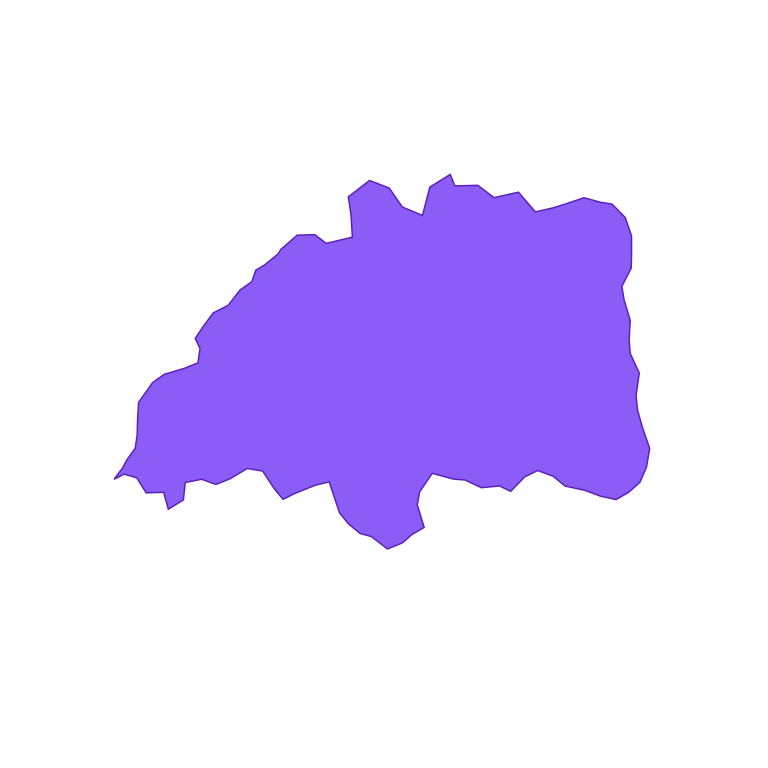 Palaikythro, Cyprus, rotated 248°
{"feature_id": "46923920B63602794647925", "entity_name": "Palaikythro", "entity_type": "district", "adm_level": 2, "iso_a3": "CYP", "parent_name": "Cyprus", "parent_adm1": "", "projection": "mercator", "projection_center": [33.49, 35.188], "detail": "fine", "context": "isolated", "style": "filled", "palette": "violet", "viewbox_px": 768, "rotation_deg": 248, "n_neighbors": 0, "source": "geoboundaries", "source_scale": "gbopen_adm2", "svg_char_len": 1394}
<svg xmlns="http://www.w3.org/2000/svg" viewBox="0 0 768 768"><g transform="rotate(248 384 384)"><path d="M236.0,367.5L259.5,369.6L270.8,376.8L283.1,395.3L269.8,412.8L264.7,423.1L251.4,435.4L246.2,452.9L237.0,461.2L245.2,479.7L246.2,494.1L235.0,506.4L221.6,513.6L210.4,530.1L199.1,542.5L189.9,555.8L191.9,570.2L197.1,584.6L208.3,596.0L224.7,606.2L246.2,607.3L264.7,609.3L279.0,613.4L298.5,624.8L320.0,623.7L333.3,627.9L350.7,636.1L372.2,638.1L385.5,641.2L398.9,656.7L413.2,662.8L428.6,669.0L448.0,670.0L465.4,662.8L471.6,652.5L481.8,639.2L482.8,621.7L483.9,607.3L486.9,588.8L511.5,580.5L515.6,555.8L533.0,545.5L541.2,523.9L553.5,523.9L549.4,500.3L525.9,482.8L541.2,467.3L563.8,462.2L578.1,446.8L570.9,421.0L553.5,416.9L532.0,409.7L536.1,383.0L548.4,375.8L554.5,359.3L547.4,338.7L544.3,334.6L539.2,318.1L537.5,307.7L528.4,299.8L525.1,285.9L515.3,268.8L513.9,252.3L504.1,236.5L496.9,226.0L485.8,226.7L473.3,219.4L473.3,204.9L475.3,183.9L472.0,170.0L458.9,149.6L443.8,142.4L428.7,135.8L417.6,129.2L409.7,116.7L404.5,110.8L396.8,98.0L397.8,109.3L389.6,119.6L372.2,122.7L366.1,139.1L348.7,137.1L351.7,154.6L367.1,162.8L364.0,179.2L353.8,190.6L353.8,206.0L356.9,225.5L348.7,238.9L328.2,243.0L314.9,247.2L315.9,259.5L315.9,282.1L313.8,296.5L281.1,294.5L267.7,298.6L254.4,305.8L247.3,315.1L229.8,325.4L229.8,341.8L233.9,353.1L236.0,367.5Z" fill="#8b5cf6" stroke="#5b21b6" stroke-width="1.5"/></g></svg>